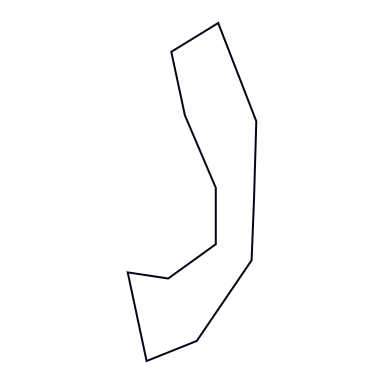 Southampton, Albers equal-area conic projection, rotated 270°
{"feature_id": "BMU-5143", "entity_name": "Southampton", "entity_type": "state/province", "adm_level": 1, "iso_a3": "BMU", "parent_name": "Bermuda", "parent_adm1": "", "projection": "albers", "projection_center": [-64.851, 32.259], "detail": "fine", "context": "isolated", "style": "outline", "palette": "ink", "viewbox_px": 384, "rotation_deg": 270, "n_neighbors": 0, "source": "natural_earth", "source_scale": "10m", "svg_char_len": 320}
<svg xmlns="http://www.w3.org/2000/svg" viewBox="0 0 384 384"><g transform="rotate(270 192 192)"><path d="M111.6,127.7L105.5,168.2L139.8,215.8L196.2,215.8L268.7,184.9L332.2,171.3L361.0,218.2L262.7,256.3L184.1,254.0L123.7,251.6L43.1,196.8L23.0,146.6L111.6,127.7Z" fill="none" stroke="#020617" stroke-width="2"/></g></svg>